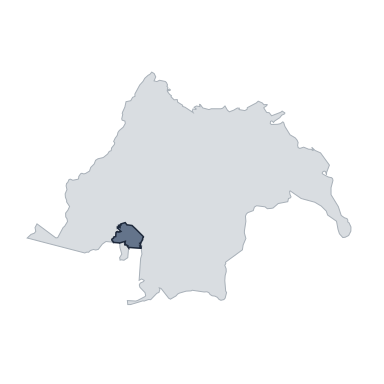 location of Mitú, Vaupés, Colombia, rotated 94°
{"feature_id": "7082276B74847859536954", "entity_name": "Mitú", "entity_type": "district", "adm_level": 2, "iso_a3": "COL", "parent_name": "Colombia", "parent_adm1": "Vaupés", "projection": "mercator", "projection_center": [-70.077, 0.972], "detail": "fine", "context": "in_parent", "style": "filled", "palette": "slate", "viewbox_px": 384, "rotation_deg": 94, "n_neighbors": 0, "source": "geoboundaries", "source_scale": "gbopen_adm2", "svg_char_len": 6754}
<svg xmlns="http://www.w3.org/2000/svg" viewBox="0 0 384 384"><g transform="rotate(94 192 192)"><path d="M223.4,42.0L219.2,43.7L211.1,45.8L205.5,55.1L201.7,56.7L197.0,62.1L193.6,68.9L190.9,82.6L184.0,94.2L184.6,94.7L187.3,94.2L189.9,92.9L190.9,93.3L191.8,95.3L195.0,95.8L197.5,105.2L202.3,110.0L202.8,111.8L203.4,115.7L201.7,118.1L201.2,126.6L202.7,128.7L206.3,129.6L208.7,134.9L210.1,136.2L212.3,137.0L217.6,136.2L227.0,137.0L229.2,136.9L234.6,135.0L241.3,137.3L246.2,137.7L259.7,153.7L261.1,153.3L262.8,154.2L266.2,152.6L269.2,152.3L273.0,153.1L278.1,153.1L288.4,151.5L289.9,150.5L295.5,151.5L297.1,152.7L298.0,155.6L297.3,157.5L295.3,159.4L294.3,161.8L294.1,164.7L293.0,166.8L291.2,168.2L290.5,170.2L290.9,172.9L290.0,185.0L290.7,186.0L291.3,190.9L293.7,197.4L294.8,199.2L296.8,200.7L300.4,206.0L299.6,207.8L290.4,216.1L289.9,218.0L291.7,217.2L294.5,218.0L295.5,220.0L302.3,225.7L302.3,227.9L304.2,232.3L303.9,233.2L308.6,245.6L308.8,248.2L304.8,248.9L304.7,240.6L304.1,238.9L299.6,231.6L298.7,231.0L295.7,231.8L290.7,237.3L288.4,238.1L286.5,237.3L284.7,234.1L283.5,233.5L282.3,236.2L283.8,238.6L261.8,238.6L257.5,237.6L251.6,238.8L251.6,251.3L262.0,251.5L264.8,255.1L264.6,258.0L265.0,259.0L262.5,259.6L258.9,257.7L252.4,260.0L247.7,260.6L247.4,274.4L250.2,277.8L255.8,281.5L256.6,284.0L256.2,286.4L257.5,289.3L259.3,290.9L259.3,292.7L260.3,294.7L249.4,353.2L245.5,349.6L244.1,346.4L242.2,345.1L238.5,346.1L234.6,344.4L247.3,324.6L246.9,322.8L236.3,318.0L235.2,316.7L230.1,314.1L227.3,314.9L225.7,316.2L221.9,316.6L218.7,314.5L215.0,313.1L210.6,316.4L209.2,316.4L206.1,317.9L202.7,318.4L198.3,316.9L194.7,318.0L192.2,317.7L191.3,316.7L188.1,315.5L187.7,314.2L188.6,311.7L187.3,306.9L186.7,306.1L184.3,306.0L181.5,304.3L181.0,303.2L181.5,301.2L181.0,299.6L178.3,295.7L174.5,294.7L170.8,291.5L167.1,290.4L165.4,288.1L163.8,282.9L160.0,278.8L157.3,277.4L156.4,275.5L153.7,275.3L149.9,272.7L148.3,272.5L147.1,273.7L143.7,272.4L140.7,270.5L137.7,270.0L135.7,268.8L132.1,265.1L128.2,263.3L125.9,263.9L125.2,266.7L123.9,267.2L119.4,266.5L118.6,267.1L117.4,266.9L112.0,264.9L106.5,264.1L105.2,259.5L101.7,257.8L100.6,255.6L98.2,255.8L88.9,251.6L85.1,248.6L81.8,247.0L78.4,243.7L77.8,242.4L75.2,240.5L76.5,238.0L79.7,236.2L83.8,237.6L84.3,234.7L82.8,232.2L83.6,226.4L84.6,225.1L86.9,223.9L88.3,224.4L89.2,223.4L92.6,223.8L93.6,223.4L96.2,221.1L97.3,219.3L98.5,219.5L101.3,216.3L100.8,213.2L103.4,212.5L106.1,207.4L107.3,207.3L107.9,204.9L112.7,196.4L111.0,197.4L109.1,196.8L109.4,193.9L108.8,193.6L107.3,195.8L105.9,193.6L106.3,190.0L104.1,190.6L104.2,189.8L107.4,187.1L108.6,180.8L107.6,178.6L107.0,169.2L106.4,167.4L103.9,165.1L107.9,162.4L109.4,160.4L107.5,156.2L105.1,152.7L105.1,150.6L106.5,150.8L107.1,145.0L105.7,142.8L104.0,142.7L98.7,134.1L96.8,132.3L98.2,128.2L99.9,126.4L99.5,123.2L100.6,123.4L102.9,126.3L103.8,125.8L107.4,123.1L107.5,120.6L110.4,117.9L106.3,109.1L105.0,107.7L106.6,104.9L107.5,105.0L109.1,107.8L111.7,109.6L115.4,114.5L117.0,115.6L115.8,116.7L115.6,117.9L116.1,118.6L118.3,118.7L119.1,117.4L118.5,111.4L117.6,108.4L115.7,106.3L116.3,105.4L120.1,103.9L128.1,98.2L130.8,92.8L132.9,90.8L135.2,89.6L138.1,89.9L140.3,89.2L141.0,87.5L139.5,83.7L141.2,78.6L141.1,76.0L142.2,74.5L141.9,73.9L139.0,75.7L142.0,72.1L144.0,66.5L155.6,56.8L163.1,59.1L165.5,59.0L162.4,60.2L161.9,61.6L163.0,63.1L164.1,63.5L165.1,62.6L167.6,56.9L168.0,53.7L169.1,52.6L170.7,52.2L178.0,53.6L185.0,53.1L196.4,45.0L205.0,41.5L207.1,38.1L207.7,35.6L209.2,34.6L210.9,34.6L211.8,33.2L215.8,31.0L220.0,30.8L224.5,32.7L226.5,36.1L226.9,38.4L223.4,42.0ZM92.7,222.8L92.2,223.2L91.2,222.5L90.9,221.5L91.5,220.8L92.3,221.0L92.7,222.8Z" fill="#d9dde1" stroke="#a8b0b8" stroke-width="1"/><path d="M247.8,266.7L247.8,260.9L248.0,260.8L245.8,255.0L246.0,255.0L246.2,255.5L246.4,255.7L246.5,255.8L246.8,255.6L247.0,255.6L247.0,255.3L247.2,255.2L247.5,255.1L247.9,255.2L248.0,255.1L248.3,255.1L248.5,255.1L248.6,255.3L248.7,255.2L248.8,255.2L249.1,255.4L249.3,255.3L249.3,255.2L249.1,255.0L249.2,254.9L249.1,254.7L249.1,254.4L249.1,254.2L249.3,254.0L249.5,254.2L249.5,253.9L249.5,253.7L249.6,253.2L249.8,253.0L250.1,252.8L250.2,252.7L250.2,252.4L250.4,252.5L250.6,252.7L250.9,252.5L250.9,252.3L251.0,252.1L251.3,251.9L251.5,251.9L252.3,251.2L252.2,251.2L251.9,250.9L251.7,251.0L251.7,238.7L251.7,238.8L251.4,238.8L251.4,238.7L251.2,238.7L251.1,238.8L251.0,239.0L250.9,239.1L250.8,239.3L250.8,239.2L250.7,239.2L250.7,239.3L250.6,239.2L250.4,239.2L250.4,239.3L250.2,239.4L250.1,239.5L250.1,239.4L250.1,239.5L250.0,239.4L250.0,239.5L249.9,239.5L250.0,239.5L249.9,239.5L249.7,239.6L249.5,239.8L249.5,239.7L249.4,239.7L249.2,239.8L249.0,239.7L249.0,239.8L249.0,239.7L248.9,239.8L248.7,239.7L248.4,239.7L248.2,239.7L248.0,239.8L247.9,239.8L247.7,239.9L247.4,239.9L247.2,240.0L247.1,239.9L247.0,240.0L247.0,239.9L247.0,240.0L246.9,239.9L246.9,240.0L246.7,239.9L246.4,239.8L246.2,239.8L246.2,239.7L245.7,239.4L245.3,239.1L245.2,239.0L244.9,238.9L244.6,238.7L244.3,238.6L244.0,238.6L243.8,238.5L243.6,238.4L243.5,238.1L243.3,238.0L243.1,238.0L242.9,238.1L242.7,238.0L242.4,238.0L242.4,237.9L242.2,237.9L242.0,238.0L241.9,238.0L241.7,238.0L241.5,237.9L241.3,237.9L241.2,237.9L240.6,237.6L240.6,237.4L240.3,237.3L240.0,237.3L232.5,245.9L229.6,249.5L229.3,254.0L229.4,254.3L229.3,254.7L229.1,254.8L227.2,256.5L228.8,260.7L229.0,260.7L228.9,260.6L229.0,260.5L229.2,260.4L229.3,260.2L229.2,260.3L229.3,260.4L229.3,260.5L229.5,260.5L229.5,260.8L229.8,260.7L230.0,260.7L230.0,260.8L230.0,261.0L229.9,261.0L230.0,261.1L229.9,261.1L229.8,261.3L230.4,263.0L230.7,262.9L231.0,262.6L231.0,262.4L230.9,262.3L230.9,262.2L231.1,262.0L231.1,261.8L231.1,261.6L231.3,261.5L231.4,261.3L231.5,261.3L231.8,261.3L231.7,261.4L231.8,261.4L232.0,261.4L231.9,261.5L232.0,261.5L231.9,261.7L232.0,261.7L232.1,261.8L232.0,262.0L231.9,262.0L232.0,262.1L231.9,262.3L231.9,262.5L232.0,262.4L232.3,262.6L232.3,262.8L232.5,262.9L232.6,263.0L232.4,263.4L232.6,263.6L232.8,263.8L232.7,263.8L232.8,263.9L232.7,264.0L232.8,264.0L236.3,260.1L236.4,260.3L236.4,260.5L236.6,260.6L236.6,260.8L236.6,261.0L236.6,261.3L236.7,261.7L237.0,261.7L237.1,261.9L237.1,262.0L237.2,262.3L237.0,262.5L236.9,262.9L236.9,263.0L236.7,263.3L236.7,263.5L236.8,263.7L236.8,263.8L236.9,264.0L237.0,264.0L237.0,264.3L236.9,264.3L237.0,264.5L237.3,264.7L237.5,264.7L237.5,264.8L237.7,265.0L241.7,265.0L241.7,265.3L241.9,265.5L242.0,265.7L242.0,265.9L242.1,266.3L242.3,266.7L242.4,266.9L242.5,267.0L242.8,267.0L243.0,267.1L243.2,266.9L243.3,266.9L243.5,267.0L244.7,268.7L244.9,268.7L245.0,268.7L245.5,268.5L245.8,268.5L246.0,268.3L246.2,268.2L246.3,268.1L246.5,267.9L246.5,267.7L246.8,267.5L246.9,267.4L247.0,267.2L247.3,267.1L247.5,267.1L247.8,266.9L247.7,266.8L247.7,266.7L247.8,266.7Z" fill="#64748b" stroke="#1e293b" stroke-width="1.5"/></g></svg>